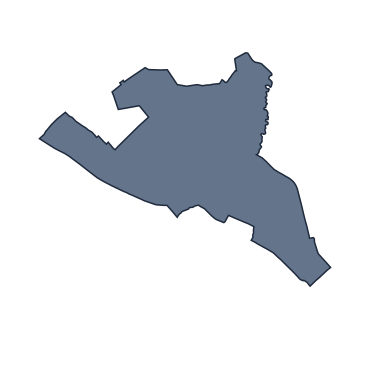 the district of Fagge, Kano, Nigeria, rotated 337°
{"feature_id": "59680162B24316958669382", "entity_name": "Fagge", "entity_type": "district", "adm_level": 2, "iso_a3": "NGA", "parent_name": "Nigeria", "parent_adm1": "Kano", "projection": "natural_earth1", "projection_center": [8.53, 12.032], "detail": "fine", "context": "isolated", "style": "filled", "palette": "slate", "viewbox_px": 384, "rotation_deg": 337, "n_neighbors": 0, "source": "geoboundaries", "source_scale": "gbopen_adm2", "svg_char_len": 4565}
<svg xmlns="http://www.w3.org/2000/svg" viewBox="0 0 384 384"><g transform="rotate(337 192 192)"><path d="M307.9,123.6L308.3,122.9L308.6,121.7L308.4,121.0L307.9,119.8L307.7,119.3L307.3,118.6L307.1,118.2L307.1,117.7L307.4,116.9L307.8,116.5L308.2,116.1L308.8,115.9L309.2,115.6L309.9,115.6L310.3,115.7L310.6,115.7L311.0,115.7L311.3,115.2L311.6,114.2L311.3,113.1L310.0,109.8L306.0,101.0L303.6,99.0L301.1,97.4L299.7,95.6L298.9,93.3L297.6,86.0L295.8,84.8L291.7,85.2L285.2,85.8L283.3,86.2L280.3,97.8L279.2,97.3L277.9,98.1L274.8,99.7L273.1,100.9L270.3,102.5L268.9,103.5L267.3,104.4L266.4,104.5L265.5,104.1L265.0,103.2L264.4,101.7L263.5,100.4L259.8,103.0L258.7,102.7L253.7,101.1L252.6,100.8L252.3,100.7L251.5,100.7L251.3,100.7L250.3,100.4L249.5,100.1L248.6,99.7L247.8,99.5L246.6,99.1L245.7,98.9L244.6,98.6L243.3,98.3L238.7,95.2L228.3,92.5L221.4,88.0L220.4,87.4L217.2,70.6L217.0,69.8L210.7,67.4L200.0,62.4L199.7,62.2L198.4,60.4L197.4,59.2L185.7,61.5L185.0,61.6L175.9,63.4L172.7,64.3L172.4,62.4L168.2,63.3L168.7,65.5L157.5,68.7L157.5,72.6L156.4,87.2L157.5,87.5L177.2,92.0L177.5,93.0L181.3,106.1L168.7,110.5L148.8,118.4L141.0,121.5L138.1,122.9L137.7,123.1L136.3,120.2L135.7,117.9L134.7,114.8L134.3,113.4L132.3,114.3L131.9,114.5L130.4,111.2L128.2,105.1L127.8,103.9L125.4,104.4L125.2,103.7L125.0,102.5L123.3,97.8L120.6,94.2L119.6,92.0L116.6,87.7L112.6,81.3L111.0,76.8L108.5,73.9L106.6,69.2L96.6,72.0L89.0,75.0L82.7,78.3L80.8,79.2L78.6,81.1L72.4,83.3L82.7,98.3L90.2,107.2L93.0,111.3L93.3,111.8L94.8,114.5L99.4,122.3L104.7,131.9L110.4,142.0L114.5,147.5L116.7,150.2L118.8,152.7L121.1,155.5L129.4,164.9L131.4,166.8L133.6,169.6L135.1,171.0L145.1,181.8L153.3,189.2L155.0,190.3L161.5,193.6L163.8,194.6L166.5,202.8L168.5,209.5L170.2,208.3L171.7,207.4L173.3,207.1L175.1,206.1L178.3,206.2L182.2,206.3L183.6,205.4L185.0,205.8L186.7,206.4L189.1,206.0L192.8,206.6L193.9,208.4L197.0,212.3L200.8,221.8L202.7,225.5L203.7,226.9L209.3,232.6L210.7,232.3L216.5,227.8L219.8,231.3L228.1,239.9L231.3,243.1L235.5,248.1L233.8,250.8L232.9,253.1L232.3,254.2L231.2,255.2L230.4,257.5L227.6,259.6L230.6,263.2L231.5,264.6L233.8,267.6L238.0,272.9L239.5,274.8L240.6,276.3L243.2,279.9L246.0,286.4L247.5,289.5L250.1,296.0L252.7,302.2L254.6,306.9L256.1,311.0L256.5,312.3L256.6,312.6L257.5,314.9L258.6,316.0L259.6,317.1L259.9,316.9L260.6,317.2L262.7,320.2L263.3,322.8L263.9,324.8L271.4,321.9L271.6,321.8L275.9,320.5L278.3,319.6L286.2,316.7L290.1,315.6L287.9,309.1L285.0,300.8L284.3,298.9L284.1,296.8L285.2,285.9L286.3,282.9L285.9,281.4L284.1,281.0L282.2,280.6L284.1,269.5L284.5,267.0L284.7,265.4L284.7,265.0L285.6,258.9L286.6,253.0L287.4,248.6L290.2,230.0L290.2,226.9L290.0,225.1L289.4,222.4L288.0,219.3L286.9,217.4L285.7,215.8L285.3,215.3L284.2,213.9L282.0,210.9L281.3,210.0L280.7,209.3L279.0,207.1L278.3,206.0L277.6,205.1L276.4,203.3L275.6,201.5L274.9,199.9L274.1,197.8L272.2,192.9L269.9,187.9L268.5,186.2L265.9,182.9L267.4,182.7L268.7,181.9L269.7,180.8L270.3,179.4L271.5,179.0L273.0,178.0L273.6,177.6L273.7,176.9L273.2,176.3L273.2,174.9L273.6,174.2L274.4,174.0L275.3,173.6L276.1,173.0L276.8,171.3L277.2,170.3L277.8,169.5L278.2,168.8L277.8,167.0L277.8,166.3L278.0,165.9L278.6,165.6L279.5,165.7L280.0,166.0L280.3,166.7L281.2,167.0L282.1,167.0L282.6,166.7L282.9,166.1L283.1,165.0L283.2,164.1L283.4,163.0L283.8,162.7L284.4,162.3L284.9,162.0L284.9,161.0L285.1,160.2L285.5,159.7L285.7,159.3L286.4,159.0L287.3,159.4L288.0,159.4L288.7,158.8L289.1,157.8L288.7,157.0L288.0,156.0L287.4,155.4L288.3,154.1L289.2,154.3L289.7,154.5L289.9,155.0L290.3,155.0L290.5,154.5L290.9,153.7L291.4,153.2L291.6,152.5L291.5,152.1L291.0,151.7L290.9,151.3L291.3,150.9L291.8,150.5L292.4,149.6L292.8,148.6L292.7,146.4L292.4,145.6L292.0,145.0L291.3,144.9L290.7,144.2L290.6,143.6L291.1,143.2L291.5,142.7L292.1,142.8L292.5,143.0L292.9,143.0L293.2,142.4L293.5,141.7L293.8,141.3L294.5,140.9L295.2,140.5L295.6,140.1L295.8,139.9L295.7,139.7L295.3,139.1L295.1,138.6L295.0,138.2L295.1,137.7L295.4,137.5L295.8,137.3L296.3,137.0L296.6,136.5L296.8,135.9L296.7,135.0L296.5,134.6L296.3,134.1L296.4,133.7L296.7,133.5L297.0,133.4L297.8,133.3L298.3,133.0L298.7,132.1L299.1,130.7L299.0,129.9L299.1,129.2L299.5,128.9L300.0,129.0L300.7,129.2L301.5,129.3L302.3,128.5L302.8,128.0L303.2,127.4L303.0,127.0L302.6,126.7L302.0,126.5L301.4,126.2L301.2,125.8L301.0,125.1L300.9,124.6L300.9,123.9L301.0,123.3L301.2,122.9L301.8,122.8L302.4,123.1L303.0,123.0L303.6,123.2L303.9,123.7L304.5,124.3L304.7,124.9L304.8,125.5L305.0,126.0L305.3,126.2L305.6,125.9L306.1,125.8L306.5,125.5L307.0,124.7L307.5,124.1L307.9,123.6Z" fill="#64748b" stroke="#1e293b" stroke-width="1.5"/></g></svg>